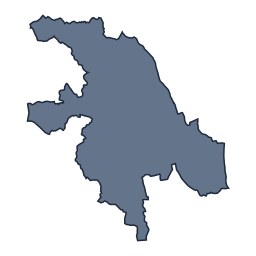 Lac Thuy, Hòa Bình, Vietnam (Mercator projection)
{"feature_id": "81297802B25708049906691", "entity_name": "Lac Thuy", "entity_type": "district", "adm_level": 2, "iso_a3": "VNM", "parent_name": "Vietnam", "parent_adm1": "Hòa Bình", "projection": "mercator", "projection_center": [105.716, 20.495], "detail": "fine", "context": "isolated", "style": "filled", "palette": "slate", "viewbox_px": 256, "rotation_deg": 0, "n_neighbors": 0, "source": "geoboundaries", "source_scale": "gbopen_adm2", "svg_char_len": 5668}
<svg xmlns="http://www.w3.org/2000/svg" viewBox="0 0 256 256"><path d="M228.5,188.2L226.8,185.6L226.2,183.5L226.0,182.2L225.8,180.0L226.2,177.1L225.0,170.6L224.9,167.4L224.3,163.1L223.8,156.0L224.0,148.7L224.4,143.4L221.8,142.9L217.6,143.3L216.0,140.7L212.9,141.4L212.5,140.9L211.4,138.5L211.3,137.7L209.0,137.2L206.3,135.1L205.0,134.5L202.1,133.8L199.2,130.7L198.2,128.9L198.0,125.3L197.3,124.0L197.8,122.0L197.8,119.0L189.7,122.7L189.9,124.9L188.7,125.3L187.8,125.2L187.2,124.9L185.9,123.5L185.0,121.5L184.7,120.4L184.3,116.3L183.9,115.8L182.6,112.9L181.9,112.6L178.8,113.8L177.7,113.8L176.6,109.9L176.0,108.6L175.8,107.3L175.5,106.9L175.2,105.2L174.4,103.8L174.3,103.1L173.6,103.1L173.4,102.8L173.1,101.6L171.2,97.7L170.3,96.4L169.8,93.4L169.1,92.1L168.5,90.2L165.8,87.0L164.3,85.7L163.2,83.9L161.3,82.3L160.0,80.7L159.1,78.2L159.0,77.1L158.5,76.3L158.3,74.3L156.0,67.0L155.4,63.4L154.8,61.5L153.8,59.9L152.9,57.7L146.0,50.4L144.8,49.5L144.2,48.4L143.9,47.5L142.7,45.8L140.3,44.7L138.7,43.5L137.6,41.4L136.8,39.3L135.6,37.9L134.0,37.0L132.3,38.0L129.2,37.8L126.8,37.0L125.2,36.0L122.7,33.0L122.2,32.0L121.5,33.6L118.6,38.6L116.4,39.7L115.0,39.0L108.9,37.5L106.6,37.8L103.2,34.3L103.4,33.4L104.2,32.2L104.2,31.6L103.4,30.1L104.2,28.6L102.9,27.4L103.2,26.1L102.9,24.9L103.2,23.0L100.9,18.0L98.8,17.6L98.2,18.9L97.4,19.4L96.1,19.2L93.4,17.7L92.5,18.3L92.2,18.0L90.2,20.4L89.5,22.0L88.8,22.7L87.5,22.3L86.9,22.3L85.8,22.8L85.6,22.6L85.3,21.7L84.8,21.4L84.2,21.5L83.1,22.2L81.6,21.7L81.3,22.4L80.8,22.6L79.5,22.0L78.4,22.7L77.2,22.7L76.0,22.6L74.6,21.5L73.8,21.4L72.2,21.8L69.7,23.7L66.4,22.3L64.9,23.6L63.5,21.4L61.1,18.7L60.6,18.3L60.0,18.1L59.3,18.3L57.6,19.2L55.8,19.5L54.9,20.4L54.5,20.4L51.2,19.1L49.7,17.7L47.9,16.6L46.2,18.0L45.7,18.1L43.0,15.4L41.3,17.2L40.4,18.7L39.3,19.4L38.5,20.2L36.9,21.2L33.5,21.8L30.0,24.3L30.8,26.3L30.4,28.0L31.5,27.9L31.9,28.1L33.2,29.5L35.2,34.5L36.7,37.0L37.1,39.0L37.7,40.4L39.0,40.6L42.2,40.8L43.1,41.3L46.5,41.1L47.4,40.7L48.9,39.3L52.8,37.6L54.0,36.2L55.5,38.0L57.2,39.3L58.8,41.7L59.5,42.4L60.6,43.1L61.2,43.1L62.0,42.2L63.8,43.2L64.6,44.0L66.2,44.8L68.5,47.0L69.8,47.2L71.1,48.1L71.6,48.9L72.1,50.9L72.1,52.3L71.4,53.0L71.5,53.7L72.1,54.8L74.0,56.2L74.0,57.5L74.5,59.1L75.0,59.6L77.5,60.9L78.6,64.3L79.0,64.7L81.8,65.1L83.1,68.8L84.3,70.3L86.7,72.0L88.1,72.4L86.9,73.0L84.5,74.8L83.6,76.2L83.6,77.1L84.1,78.8L85.9,81.2L87.2,82.3L87.0,84.3L86.6,85.0L84.2,84.9L83.6,85.2L83.4,85.6L83.7,86.6L83.7,87.2L81.8,89.8L81.9,91.4L82.7,93.2L82.8,94.2L82.5,95.6L81.8,96.3L80.3,97.1L78.2,97.2L77.5,96.8L76.6,94.4L75.4,94.3L74.2,93.7L73.0,92.3L70.8,89.0L69.2,87.0L68.3,85.2L67.1,83.7L66.4,83.5L65.7,84.4L65.4,85.4L64.7,86.5L64.5,89.5L63.3,90.1L60.5,90.4L59.5,91.3L59.2,92.3L59.4,93.8L60.2,95.1L59.2,99.0L59.3,99.6L59.9,100.2L62.3,100.6L63.4,101.3L63.4,102.3L62.9,103.0L62.3,103.2L62.2,102.6L61.9,102.6L59.6,103.2L59.1,103.6L59.0,104.2L58.8,104.4L58.2,103.5L55.7,103.9L54.8,103.5L54.2,101.5L51.3,102.0L46.9,101.3L45.3,101.5L42.5,102.5L41.5,102.5L38.9,101.6L38.0,101.7L35.4,102.9L34.0,104.1L32.6,104.6L32.1,104.6L30.8,103.6L29.0,103.3L27.6,103.9L29.0,112.5L27.5,121.1L31.6,121.1L34.5,122.5L36.1,124.0L39.6,127.0L45.1,132.4L48.2,134.1L49.5,134.3L50.0,132.5L52.0,130.4L53.6,131.1L54.7,130.7L55.7,130.8L56.6,130.2L58.7,129.1L59.5,128.3L60.9,128.6L62.2,129.5L63.0,130.4L63.3,130.4L65.1,127.8L64.9,126.3L65.3,123.6L65.7,123.2L66.5,123.0L68.4,118.3L72.4,115.4L72.9,115.9L73.8,116.0L75.9,115.3L77.3,116.1L78.3,117.1L79.2,117.2L80.0,117.1L80.3,116.8L80.3,116.1L79.8,114.7L80.6,114.6L84.2,115.7L89.6,117.0L92.2,119.0L91.2,122.3L89.8,122.8L89.2,124.2L88.6,124.7L86.6,124.9L85.8,126.7L85.0,127.4L83.3,128.0L82.2,129.2L82.2,131.7L81.5,134.1L81.5,134.6L84.5,136.3L85.5,137.8L85.7,138.3L83.8,139.1L83.4,139.5L83.6,141.8L83.4,142.1L79.6,144.2L77.6,145.7L77.0,146.7L77.3,150.1L76.9,151.4L76.1,153.0L76.8,156.2L76.5,157.7L75.4,159.2L75.4,160.6L77.2,162.0L78.3,164.2L79.5,164.4L80.1,164.9L80.8,168.3L81.3,168.8L82.4,169.5L82.6,170.8L83.0,171.3L84.0,175.4L85.3,176.9L86.1,178.5L87.0,177.4L87.4,177.3L90.2,180.4L90.8,180.5L92.5,180.0L97.2,180.1L99.2,182.3L100.1,183.7L100.2,184.7L101.0,185.8L100.8,188.1L100.9,189.8L100.6,191.1L101.3,192.1L101.5,193.0L100.2,194.1L100.0,194.9L100.2,195.9L101.1,196.9L97.8,201.1L101.0,202.8L103.1,202.1L104.9,200.9L107.4,202.3L108.9,203.8L109.9,204.3L111.2,204.5L115.5,204.4L120.8,209.7L122.7,209.8L123.1,211.6L126.1,212.5L126.1,213.3L124.8,218.2L124.8,223.5L126.5,224.5L128.7,224.7L129.4,225.1L130.7,225.3L134.2,225.1L137.2,226.7L137.4,228.8L137.2,231.7L137.4,232.9L137.1,233.6L136.6,236.3L137.7,240.6L146.4,240.0L146.2,237.6L146.5,235.7L148.8,230.3L148.6,229.0L148.2,227.9L146.7,225.4L146.6,222.6L145.0,221.6L144.4,220.5L144.4,218.3L144.9,217.0L144.6,215.9L143.7,214.8L143.3,212.3L143.4,211.9L145.6,211.4L144.6,208.6L143.5,207.4L142.5,205.5L143.5,202.9L142.9,200.2L143.0,199.8L143.5,199.6L148.3,199.6L148.1,196.9L146.6,196.5L146.2,195.0L144.4,187.0L143.3,183.9L142.7,179.8L141.9,177.4L143.4,176.7L145.0,174.9L146.9,174.6L149.2,174.8L149.8,175.2L150.1,175.9L150.9,176.3L154.2,175.7L159.5,174.2L160.3,175.2L160.1,177.3L160.4,179.8L160.7,180.2L161.1,180.4L167.0,179.4L167.7,179.0L168.3,177.2L171.2,171.6L172.5,169.5L171.6,165.8L171.7,164.8L172.0,164.5L173.3,164.4L175.4,163.6L176.6,169.9L178.9,173.2L181.5,178.3L182.6,179.6L187.3,184.9L189.7,187.0L194.3,189.9L196.9,190.3L197.6,190.7L199.5,194.6L200.1,195.4L201.0,195.8L201.8,196.0L203.4,195.0L203.9,195.0L205.8,196.0L206.2,195.9L206.5,195.4L206.9,193.6L209.8,193.4L210.1,193.3L210.5,192.4L211.5,192.6L212.5,193.3L214.4,193.3L215.1,193.5L217.5,193.2L217.6,192.9L220.1,190.8L221.5,188.5L226.1,188.6L227.6,188.1L228.5,188.2Z" fill="#64748b" stroke="#1e293b" stroke-width="1.5"/></svg>